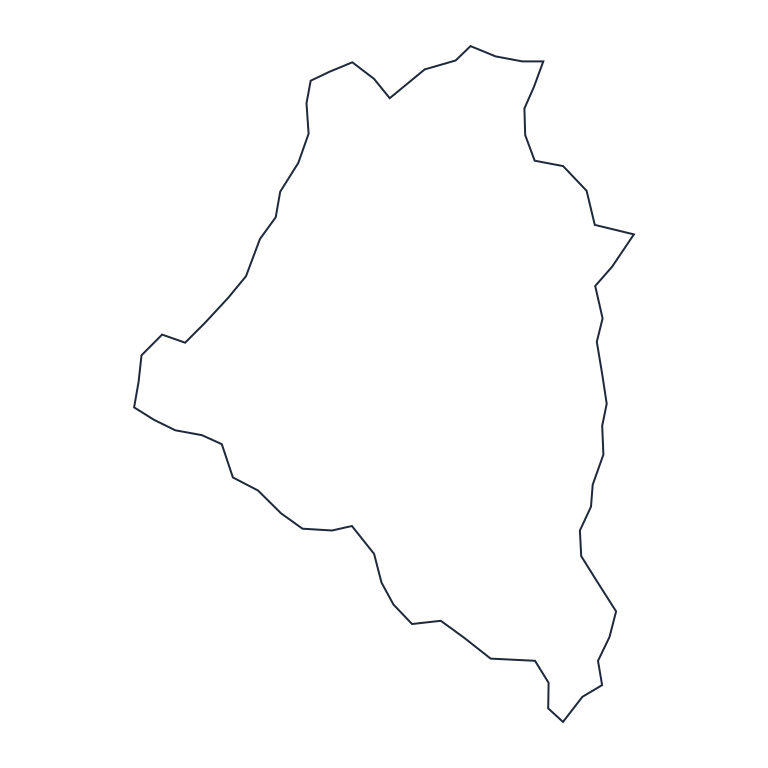 outline of Vargem Grande Paulista, São Paulo, Brazil
{"feature_id": "56859067B11960821641322", "entity_name": "Vargem Grande Paulista", "entity_type": "district", "adm_level": 2, "iso_a3": "BRA", "parent_name": "Brazil", "parent_adm1": "São Paulo", "projection": "orthographic", "projection_center": [-47.014, -23.624], "detail": "fine", "context": "isolated", "style": "outline", "palette": "slate", "viewbox_px": 768, "rotation_deg": 0, "n_neighbors": 0, "source": "geoboundaries", "source_scale": "gbopen_adm2", "svg_char_len": 991}
<svg xmlns="http://www.w3.org/2000/svg" viewBox="0 0 768 768"><path d="M633.9,234.4L594.8,224.9L586.6,190.8L563.1,166.1L534.7,160.7L525.2,135.1L524.4,108.5L533.9,87.0L543.3,61.4L522.3,61.4L495.6,56.4L470.5,46.1L455.6,60.5L424.7,69.4L389.7,98.2L374.1,78.9L352.3,62.3L329.6,71.7L310.7,80.7L306.5,103.2L308.6,133.7L298.3,162.9L280.2,191.7L275.7,217.3L260.0,238.9L246.0,276.2L228.3,297.7L204.9,322.9L185.1,342.7L162.1,334.6L141.5,355.3L138.6,381.8L134.1,407.4L154.3,420.0L175.3,430.3L202.0,435.2L221.8,444.2L232.9,477.5L258.0,490.5L281.1,513.4L302.5,528.7L332.1,530.5L351.9,526.0L374.1,553.9L381.5,582.6L393.5,604.6L412.0,624.0L440.8,620.8L464.3,637.9L490.6,658.6L535.0,660.8L548.6,682.8L548.2,708.4L563.0,721.9L582.4,696.8L602.1,685.1L598.0,660.8L609.5,637.0L616.1,611.4L597.2,581.7L581.2,556.1L579.9,530.5L591.0,506.7L592.7,484.7L603.4,454.6L602.2,425.8L606.7,403.8L602.2,374.1L596.8,341.8L602.6,318.4L595.2,286.0L612.1,266.7L633.9,234.4Z" fill="none" stroke="#1e293b" stroke-width="2"/></svg>